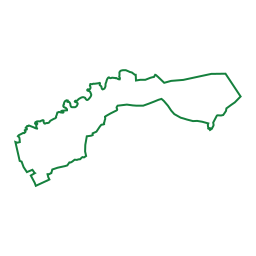 the district of Auyo, Jigawa, Nigeria
{"feature_id": "59680162B19523503473687", "entity_name": "Auyo", "entity_type": "district", "adm_level": 2, "iso_a3": "NGA", "parent_name": "Nigeria", "parent_adm1": "Jigawa", "projection": "mercator", "projection_center": [9.962, 12.332], "detail": "fine", "context": "isolated", "style": "outline", "palette": "green", "viewbox_px": 256, "rotation_deg": 0, "n_neighbors": 0, "source": "geoboundaries", "source_scale": "gbopen_adm2", "svg_char_len": 5566}
<svg xmlns="http://www.w3.org/2000/svg" viewBox="0 0 256 256"><path d="M35.8,185.8L39.5,184.1L48.6,179.9L49.4,179.5L48.2,177.0L47.9,175.6L47.6,174.6L47.5,174.2L47.9,174.1L49.1,174.2L49.3,174.2L49.5,174.1L49.9,173.8L50.2,173.6L50.6,173.2L50.9,173.1L51.3,173.1L52.3,169.5L57.7,167.7L65.0,166.1L67.3,165.4L69.4,162.4L70.6,162.5L72.4,161.5L73.6,160.5L74.7,159.7L76.9,159.9L78.3,159.4L80.2,159.2L81.2,158.1L82.4,157.1L84.0,157.4L86.1,156.0L85.1,151.5L85.3,144.9L86.8,136.3L91.1,135.7L92.7,135.1L92.7,134.6L92.6,134.2L92.6,133.8L92.7,133.5L92.7,133.3L96.4,131.7L99.9,126.5L101.3,124.8L101.5,124.7L102.2,124.6L102.8,124.6L104.1,124.2L104.1,123.7L104.1,123.4L103.9,123.1L104.0,122.7L104.4,121.9L104.5,121.8L104.5,121.4L104.5,121.2L104.6,120.9L104.8,120.0L105.1,119.4L105.2,118.5L105.2,117.7L105.0,117.3L105.0,116.7L106.2,115.9L110.6,113.4L115.0,111.2L116.3,110.6L117.0,110.1L117.2,109.3L116.6,107.8L116.6,107.3L117.6,105.7L126.9,104.6L132.8,105.4L136.8,105.7L143.1,105.7L148.7,103.7L154.1,101.6L158.5,99.8L161.5,98.9L163.8,100.9L168.0,105.8L171.2,110.6L174.3,114.1L180.7,117.7L183.6,118.5L186.8,119.5L193.0,121.1L197.1,120.9L202.0,121.7L208.3,123.4L207.8,124.9L208.0,126.0L208.0,126.6L208.2,127.3L208.4,127.7L208.3,127.9L208.2,128.5L208.5,128.7L208.8,128.6L209.5,128.2L209.8,128.1L210.1,128.2L210.2,128.5L210.1,129.0L209.7,129.5L210.0,130.0L210.5,129.7L211.6,128.8L212.0,128.6L211.9,128.2L212.6,127.3L212.8,126.8L213.1,126.4L213.2,126.1L213.4,125.7L213.6,125.0L213.2,122.6L216.6,116.1L216.9,115.6L217.6,115.3L221.0,115.5L223.2,115.0L224.6,113.0L226.0,110.9L226.4,108.4L231.3,104.8L234.8,102.4L240.6,96.5L225.5,73.7L211.3,73.9L202.8,75.7L183.3,79.9L171.1,80.9L164.2,82.8L159.1,77.9L158.9,77.8L158.1,76.9L157.5,76.5L156.9,75.9L156.0,75.1L155.2,74.8L153.9,77.0L152.5,77.2L150.4,77.8L145.3,79.8L140.3,79.8L136.0,80.5L135.7,74.8L135.4,74.8L135.0,74.8L134.7,74.7L133.6,73.8L132.5,73.0L132.3,72.7L130.9,72.2L129.9,72.0L129.4,71.8L128.9,71.5L125.8,70.2L122.9,70.2L121.9,70.4L121.1,70.6L120.7,70.8L120.4,71.0L120.0,71.5L119.6,72.0L119.4,72.6L119.5,74.7L119.4,76.0L119.2,76.5L119.3,76.7L119.6,77.7L119.9,78.0L119.9,78.4L119.8,78.9L119.7,79.3L119.3,79.3L118.8,79.3L118.2,79.0L117.7,78.9L116.8,78.3L116.4,78.1L116.1,78.0L115.9,78.1L115.6,78.2L115.2,78.0L114.0,77.9L112.1,77.7L110.9,78.1L110.1,78.1L109.6,77.9L109.3,77.8L109.0,77.4L108.7,77.4L108.3,77.6L107.9,78.0L107.7,78.3L107.1,79.3L106.6,80.6L106.4,81.6L106.2,82.1L105.6,83.7L105.5,84.4L105.5,86.1L105.2,87.1L104.8,87.8L104.5,88.5L103.9,88.9L103.2,89.2L102.7,89.4L102.2,89.1L101.8,88.4L101.5,87.6L101.5,87.2L101.4,86.6L101.1,86.2L100.3,85.5L99.9,85.3L99.7,85.0L99.8,84.0L100.0,83.6L99.9,83.1L99.7,82.9L99.0,83.1L98.1,83.3L95.2,83.7L93.8,83.8L93.5,83.7L93.0,83.8L92.5,84.0L92.0,84.2L91.6,84.2L90.7,84.0L90.3,84.1L90.2,84.6L90.0,85.2L89.9,85.5L89.9,85.8L90.1,86.1L90.4,86.8L90.5,87.4L90.5,87.9L90.2,88.7L89.9,89.0L89.7,89.3L88.4,89.5L88.1,89.3L87.8,89.3L87.4,89.7L87.2,90.0L87.3,90.4L87.5,90.6L88.0,90.8L89.0,91.0L89.3,91.2L89.9,91.6L90.2,92.0L90.5,92.6L90.9,93.7L91.0,93.9L91.2,94.3L91.2,95.2L90.9,96.1L90.3,97.1L89.8,97.8L89.2,98.4L88.8,98.9L88.7,99.1L88.1,99.6L87.2,100.0L86.7,99.9L86.0,99.3L85.3,98.3L85.3,98.1L85.1,97.8L84.1,97.4L83.5,97.2L82.6,97.2L82.1,97.3L81.5,97.5L81.0,97.7L80.0,98.3L79.5,98.5L78.4,99.3L78.2,99.5L78.0,99.8L77.7,100.1L77.2,100.6L76.4,100.8L75.9,100.7L75.6,100.7L75.2,100.9L75.0,101.1L74.9,101.3L74.8,101.5L75.0,101.8L75.3,102.0L75.6,102.1L75.9,102.1L76.3,102.2L76.7,102.4L77.2,102.9L77.5,103.1L77.7,103.6L77.7,103.8L77.6,104.2L77.4,104.6L77.2,105.0L77.0,105.6L76.7,106.0L75.7,106.9L75.3,107.1L74.9,107.2L73.2,107.2L72.3,107.2L71.6,107.1L70.9,106.5L70.4,105.1L70.3,103.8L69.6,102.4L68.9,101.8L68.0,102.0L67.5,101.8L67.9,100.8L67.8,100.5L66.4,100.3L65.7,100.8L64.9,101.3L64.4,102.2L63.9,103.5L63.9,104.6L63.4,105.0L63.3,105.8L63.4,106.5L63.9,107.1L64.6,107.3L65.2,107.8L65.8,107.9L66.6,108.8L67.0,109.3L67.0,110.3L66.0,110.4L64.8,110.5L63.2,110.7L62.2,110.7L61.4,111.0L61.4,111.7L61.9,111.8L62.0,111.2L62.3,111.2L62.9,111.5L62.8,112.0L63.3,111.9L63.4,112.4L62.9,112.7L60.5,112.4L59.3,112.0L58.7,112.0L58.2,112.4L57.4,112.5L57.2,113.0L56.8,114.6L56.5,115.5L56.1,116.3L56.0,116.8L56.1,117.4L55.6,118.0L55.0,118.4L53.7,118.9L50.3,120.8L49.7,121.6L49.1,122.5L47.7,123.1L47.2,123.0L46.2,123.1L45.1,123.6L44.7,123.6L44.3,123.4L44.1,123.1L43.9,122.6L43.6,121.8L43.5,121.2L43.6,120.5L43.4,120.3L43.0,120.2L42.6,120.2L41.6,120.6L40.6,121.0L40.4,121.3L40.0,121.4L39.5,121.4L38.8,121.3L37.0,121.4L36.6,121.6L36.2,121.9L35.8,122.0L35.4,122.3L35.3,122.7L35.2,122.9L35.0,123.3L35.2,123.8L35.5,124.1L35.8,124.3L36.0,124.3L36.2,124.1L36.2,123.6L36.4,123.2L36.7,123.1L37.0,123.2L37.2,123.5L37.3,123.9L37.1,124.2L36.3,125.0L36.2,125.4L36.3,125.8L36.4,126.1L36.3,126.5L36.2,126.9L36.3,127.3L36.3,127.7L36.5,128.0L36.9,128.1L37.1,128.4L37.0,128.6L36.4,128.4L35.8,128.3L35.0,128.0L33.8,127.4L33.1,127.1L32.3,126.8L28.9,125.5L28.6,125.6L28.3,126.0L27.8,126.1L27.5,126.0L27.2,126.0L26.6,126.8L26.2,127.2L25.9,127.6L26.3,127.7L26.6,128.0L26.8,128.7L26.9,129.0L26.8,129.4L26.5,129.5L26.1,129.4L26.0,129.6L25.8,130.0L25.5,130.3L25.3,130.2L25.0,130.1L24.8,130.2L24.8,130.5L25.0,130.7L25.3,130.7L25.5,131.0L25.5,131.8L25.2,132.2L24.8,132.4L24.5,132.6L24.3,132.7L24.3,133.0L24.1,133.1L23.8,133.1L23.1,133.0L21.0,134.1L19.1,135.0L18.6,135.4L18.3,135.7L17.9,136.2L19.2,137.3L19.4,138.0L19.6,139.1L19.8,142.1L19.0,142.3L17.2,142.7L16.2,142.3L15.4,142.0L19.7,160.9L21.6,161.6L23.6,167.1L26.9,172.1L32.4,169.8L33.9,171.9L34.0,172.3L34.3,172.7L34.9,173.1L30.8,175.5L34.7,182.8L35.8,185.8Z" fill="none" stroke="#15803d" stroke-width="2"/></svg>